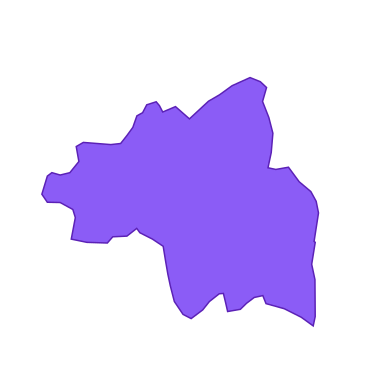 outline of Laxå, Orebro, Sweden, rotated 102°
{"feature_id": "70781695B77797038305071", "entity_name": "Laxå", "entity_type": "district", "adm_level": 2, "iso_a3": "SWE", "parent_name": "Sweden", "parent_adm1": "Orebro", "projection": "natural_earth1", "projection_center": [14.59, 58.927], "detail": "fine", "context": "isolated", "style": "filled", "palette": "violet", "viewbox_px": 384, "rotation_deg": 102, "n_neighbors": 0, "source": "geoboundaries", "source_scale": "gbopen_adm2", "svg_char_len": 1099}
<svg xmlns="http://www.w3.org/2000/svg" viewBox="0 0 384 384"><g transform="rotate(102 192 192)"><path d="M263.2,300.3L263.1,284.3L259.5,264.2L252.3,260.2L248.7,246.5L239.1,238.5L242.7,234.5L246.3,220.9L251.1,208.9L265.5,203.3L277.5,198.5L288.3,193.7L302.8,186.5L313.6,175.3L316.0,166.5L305.1,157.0L295.5,152.2L285.9,144.2L284.7,140.2L293.3,136.1L301.5,132.3L296.7,120.3L289.5,115.5L282.2,109.2L280.3,104.9L278.6,101.2L285.8,96.4L287.0,77.4L291.8,59.1L297.8,45.6L288.2,45.6L252.2,53.5L237.8,59.9L215.6,61.0L215.0,62.3L186.2,63.9L175.3,68.6L166.9,75.8L159.7,89.3L147.7,102.8L152.5,114.7L152.5,122.7L136.9,122.7L117.7,125.1L103.2,132.3L88.8,141.8L74.3,140.8L69.9,148.1L68.0,159.0L79.6,174.8L91.2,185.3L99.7,194.7L121.0,209.7L111.9,225.9L119.5,236.8L119.8,237.3L114.3,241.8L111.2,245.8L116.1,254.4L124.7,256.8L128.9,261.7L130.2,261.9L141.1,263.3L150.3,267.4L159.4,271.9L162.5,281.3L166.1,308.6L171.6,314.7L185.7,309.0L198.5,315.5L202.8,324.5L202.2,333.1L206.5,336.8L225.4,338.4L232.1,331.4L229.7,318.8L233.9,304.9L241.3,300.8L263.2,300.3Z" fill="#8b5cf6" stroke="#5b21b6" stroke-width="1.5"/></g></svg>